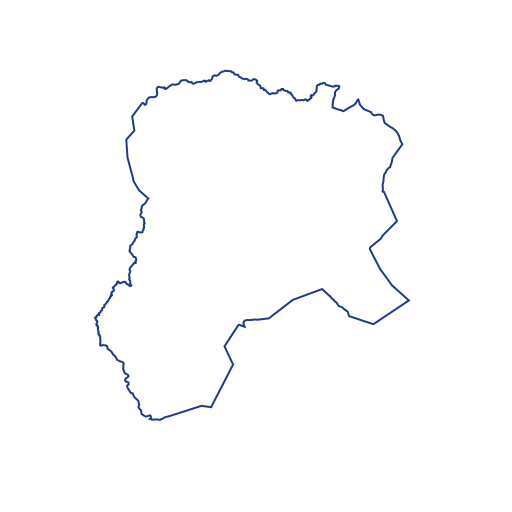 outline of Mabote, Inhambane, Mozambique, rotated 17°
{"feature_id": "85939544B65323255513357", "entity_name": "Mabote", "entity_type": "district", "adm_level": 2, "iso_a3": "MOZ", "parent_name": "Mozambique", "parent_adm1": "Inhambane", "projection": "albers", "projection_center": [33.733, -22.104], "detail": "fine", "context": "isolated", "style": "outline", "palette": "blue", "viewbox_px": 512, "rotation_deg": 17, "n_neighbors": 0, "source": "geoboundaries", "source_scale": "gbopen_adm2", "svg_char_len": 5998}
<svg xmlns="http://www.w3.org/2000/svg" viewBox="0 0 512 512"><g transform="rotate(17 256 256)"><path d="M202.2,442.9L205.1,442.7L209.4,441.1L212.2,440.8L213.0,439.7L214.2,439.1L215.6,437.2L218.0,435.6L218.8,435.3L247.7,415.2L257.3,413.7L265.8,366.5L252.3,351.6L259.3,327.2L260.4,326.7L265.8,327.0L264.3,325.2L263.5,323.7L263.7,321.7L264.6,320.7L266.7,319.6L269.0,319.1L273.6,317.0L275.8,316.6L286.5,311.9L304.0,287.2L328.9,268.3L339.6,273.4L340.9,274.4L343.6,275.5L344.8,276.5L346.8,277.1L349.3,279.4L350.8,279.7L353.3,279.8L356.6,281.4L359.8,282.3L362.7,286.3L388.2,286.9L415.2,253.8L394.6,244.3L378.2,231.9L363.3,216.6L362.7,215.7L362.6,214.9L363.0,213.8L370.1,203.3L371.4,198.9L380.3,182.1L380.5,181.3L359.7,157.3L358.2,157.3L358.0,155.4L356.2,150.7L356.0,147.0L355.2,143.9L354.8,140.8L354.9,139.8L355.7,137.9L355.8,136.1L356.4,134.6L357.2,133.0L358.3,131.8L358.2,131.3L358.4,126.1L357.9,122.5L358.1,121.5L363.3,106.3L360.4,103.5L357.8,99.5L355.4,97.0L353.4,95.6L349.6,93.9L345.9,93.1L340.2,91.1L338.7,89.1L336.6,85.0L336.0,84.7L334.3,84.5L332.1,84.8L328.6,86.7L327.0,86.9L325.8,86.5L323.9,84.8L316.1,84.0L311.2,81.0L309.1,77.8L308.0,76.5L307.2,77.9L306.9,80.5L305.7,82.8L301.6,87.0L297.3,91.9L296.5,92.1L295.3,91.7L289.9,91.9L285.7,91.5L285.5,89.8L284.9,88.6L284.8,87.1L284.4,85.8L284.5,84.5L284.1,83.3L284.5,82.5L284.5,79.1L283.7,76.5L284.2,74.5L284.9,73.2L286.1,72.1L286.0,69.4L285.0,69.1L282.7,69.9L281.9,70.0L281.7,70.8L280.0,71.6L272.6,71.7L271.4,70.6L270.6,70.5L269.8,70.8L268.7,72.1L267.1,72.4L266.6,73.7L265.2,74.3L264.7,75.0L264.6,75.7L264.7,76.8L265.2,78.0L265.1,79.4L265.6,80.2L265.5,80.8L264.9,82.7L264.3,83.4L263.9,85.2L263.3,85.8L262.0,85.9L261.6,86.4L261.7,87.5L262.6,87.9L262.7,88.3L262.6,88.9L261.7,89.7L261.5,90.8L260.5,91.3L260.2,92.2L259.7,92.6L259.0,92.5L258.3,91.8L257.2,91.9L255.9,93.2L254.0,93.4L253.0,94.1L250.3,94.8L249.1,95.8L247.9,94.9L247.6,94.1L245.4,93.4L243.1,91.2L241.8,90.8L241.6,90.5L241.6,90.0L241.4,89.7L240.0,89.7L239.6,90.1L239.0,90.1L238.3,89.7L238.1,89.2L237.6,89.1L235.8,89.5L233.4,89.1L233.0,88.4L231.6,88.8L231.1,90.4L228.8,91.1L228.4,91.7L228.7,93.5L227.6,94.5L225.5,95.5L224.4,95.3L223.2,96.1L222.4,97.1L221.6,97.3L220.8,97.1L219.9,96.3L218.3,95.9L216.5,94.5L215.8,94.9L215.1,95.0L214.3,93.6L213.0,93.6L211.7,94.2L211.3,93.8L210.3,91.9L208.4,91.5L206.1,90.3L205.8,89.7L206.0,88.7L205.9,88.2L204.6,87.5L203.0,87.3L202.1,87.5L200.4,89.6L197.4,90.4L196.5,89.4L195.6,89.3L195.0,89.3L193.6,90.2L190.7,90.3L189.5,89.8L187.3,89.5L185.8,88.0L184.2,88.5L182.2,88.5L181.7,88.2L180.9,87.1L179.2,87.3L178.3,86.6L176.0,87.2L175.0,87.2L174.5,87.6L173.4,87.6L172.5,87.8L171.2,88.9L169.6,89.7L169.1,90.5L168.0,91.4L167.7,92.5L166.8,94.2L165.2,95.3L163.6,95.3L162.2,96.7L161.9,97.5L162.3,98.9L161.1,102.0L160.3,102.2L159.6,101.7L157.7,103.3L157.1,104.1L156.6,104.1L156.0,103.3L155.2,103.5L152.8,105.6L151.3,105.9L148.7,107.1L146.1,109.5L145.1,109.5L144.0,109.0L143.5,108.4L142.3,109.1L140.1,109.3L139.1,108.5L137.5,108.3L133.9,109.6L132.9,110.6L131.8,114.0L129.1,115.8L125.9,116.3L123.4,119.2L121.5,122.1L120.8,122.7L119.6,122.9L119.4,122.6L119.5,121.6L119.2,121.4L117.2,122.4L113.1,122.7L112.4,123.7L112.1,125.1L114.2,129.9L114.3,131.0L113.8,132.3L112.7,133.7L108.4,135.0L107.3,135.8L106.0,138.7L106.1,140.0L106.6,142.3L106.5,143.1L106.1,143.5L105.4,143.9L103.7,142.7L102.4,143.2L96.8,158.8L103.0,171.7L98.7,180.9L98.1,182.5L98.1,183.1L104.4,199.5L115.7,217.7L117.1,220.3L125.0,227.4L136.2,232.5L135.9,233.1L134.5,238.4L132.8,240.6L132.4,241.6L132.8,244.7L132.5,246.0L133.4,246.7L133.8,247.4L133.8,248.5L133.3,249.7L133.6,251.2L134.7,252.2L137.1,252.5L138.3,253.8L138.6,255.1L139.2,255.8L139.1,256.7L140.0,257.4L139.6,259.0L140.3,260.5L140.7,261.9L140.3,262.8L140.8,264.0L140.2,265.3L140.4,266.4L139.1,267.2L137.3,267.4L135.9,267.3L135.5,267.6L135.4,270.0L135.8,270.3L135.8,271.3L136.5,272.6L136.4,273.1L135.7,274.1L135.3,275.8L135.5,277.1L134.8,278.1L134.4,280.7L133.0,282.4L132.8,284.0L133.4,284.8L133.4,286.7L133.8,287.2L133.5,287.7L133.9,288.7L136.0,289.9L137.9,291.3L138.8,292.3L139.6,292.6L140.5,292.4L141.4,292.7L142.7,294.7L142.7,295.7L142.2,296.1L142.1,296.5L142.8,297.2L142.9,297.9L141.9,298.2L141.1,298.8L141.1,299.5L139.7,302.4L139.0,304.4L139.0,305.7L139.1,306.3L140.1,307.0L140.2,307.5L140.3,308.4L140.0,310.4L140.7,312.6L141.7,314.1L141.4,315.3L143.1,316.8L143.7,319.1L145.2,320.4L145.4,320.8L145.0,321.3L143.9,321.7L142.7,320.7L140.8,320.7L138.9,319.2L138.0,319.0L137.0,319.5L134.0,321.8L133.2,321.7L131.8,320.7L130.9,321.1L130.8,321.4L131.3,322.3L130.7,323.1L131.0,323.8L129.6,325.7L129.3,327.0L128.3,327.9L128.3,328.2L129.9,329.7L130.2,330.7L129.5,331.4L129.3,332.1L128.5,332.8L128.8,333.4L128.6,334.4L128.7,334.7L129.6,335.3L129.7,335.6L129.5,336.0L128.7,336.4L129.0,337.2L128.4,337.9L128.6,339.0L127.9,340.3L127.5,343.0L126.9,343.5L126.4,345.6L125.2,347.3L125.9,348.8L125.5,349.8L124.3,350.6L124.6,352.8L124.4,353.3L123.6,353.9L123.7,355.6L122.5,356.7L122.5,357.1L123.1,358.2L121.8,358.6L121.0,360.3L121.3,361.2L120.1,362.0L121.9,364.1L123.2,364.7L123.6,365.2L123.2,367.0L123.5,368.4L124.3,368.5L124.5,368.7L124.3,369.2L125.3,369.4L125.6,370.5L126.1,370.8L126.0,371.5L126.2,372.4L127.1,373.5L127.3,374.5L127.9,374.9L128.1,376.8L128.6,377.2L128.8,376.8L129.2,376.9L129.7,377.7L129.7,378.1L130.5,378.4L131.0,379.5L130.9,380.3L132.0,382.2L132.1,383.5L132.6,384.6L132.6,385.7L133.2,387.0L133.9,387.1L135.7,385.9L139.0,385.4L139.9,385.6L141.2,388.2L144.0,389.0L146.2,390.1L148.1,392.0L149.9,392.6L151.7,394.0L153.4,395.8L156.1,396.4L159.3,396.4L160.6,397.0L161.1,398.2L161.0,399.8L161.9,401.9L161.8,402.7L163.6,404.7L163.9,405.5L164.8,406.4L168.1,407.0L169.2,408.1L168.8,409.4L167.3,411.0L167.1,413.2L168.1,414.1L170.2,414.0L171.1,414.4L171.7,415.8L171.6,416.3L170.8,417.3L170.7,418.0L171.8,419.7L176.2,423.5L178.2,423.4L180.8,426.5L185.8,428.9L187.9,432.6L187.7,434.1L188.0,435.3L191.3,437.4L192.8,440.6L197.2,441.8L198.6,441.2L200.9,439.5L201.5,439.4L202.2,440.0L203.0,441.5L202.2,442.9Z" fill="none" stroke="#1e3a8a" stroke-width="2"/></g></svg>